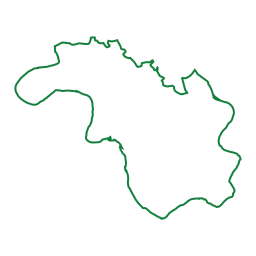 Ashmun, Al Minufiyah, Egypt (Robinson projection)
{"feature_id": "37247803B18007255516355", "entity_name": "Ashmun", "entity_type": "district", "adm_level": 2, "iso_a3": "EGY", "parent_name": "Egypt", "parent_adm1": "Al Minufiyah", "projection": "robinson", "projection_center": [30.999, 30.299], "detail": "fine", "context": "isolated", "style": "outline", "palette": "green", "viewbox_px": 256, "rotation_deg": 0, "n_neighbors": 0, "source": "geoboundaries", "source_scale": "gbopen_adm2", "svg_char_len": 5741}
<svg xmlns="http://www.w3.org/2000/svg" viewBox="0 0 256 256"><path d="M141.9,63.1L141.8,64.0L141.6,65.5L141.4,65.9L138.9,66.8L137.5,66.8L136.9,66.1L136.3,65.3L134.4,62.2L130.3,57.9L128.2,58.1L125.0,56.7L123.3,54.4L123.3,54.0L125.6,51.8L125.4,50.8L124.2,49.5L123.4,49.5L121.2,48.8L120.7,47.3L120.5,46.3L117.2,40.2L114.6,41.0L111.7,41.5L108.5,40.8L107.8,42.9L108.4,44.5L109.2,44.8L109.6,45.4L109.5,46.4L107.5,47.2L106.7,47.2L105.3,45.9L103.4,43.0L102.1,43.3L99.1,43.0L97.9,42.0L97.9,41.6L96.7,40.5L95.3,40.5L94.9,39.8L94.8,37.6L92.8,37.3L90.9,37.7L90.7,38.5L90.7,39.5L90.2,40.9L89.8,42.2L89.2,43.0L88.7,43.8L87.5,44.0L84.1,43.9L79.4,43.3L76.8,43.9L75.1,44.5L73.1,44.8L70.9,44.3L69.9,43.3L62.2,42.5L57.9,44.8L54.8,46.3L55.1,50.1L55.1,51.7L56.1,52.5L57.1,54.5L57.9,56.5L58.9,60.8L59.0,61.4L58.9,62.0L58.7,62.6L58.3,63.1L57.6,63.6L54.3,64.9L46.9,66.8L38.2,67.6L38.2,68.0L34.2,68.5L27.9,72.0L20.9,78.1L16.9,83.5L16.1,84.9L15.6,86.5L15.4,88.2L15.5,89.9L15.7,91.0L16.2,92.3L18.2,96.0L20.8,98.7L24.0,101.0L27.1,102.8L32.7,104.7L34.4,104.7L36.1,104.6L37.5,104.0L40.2,101.9L42.1,100.9L43.7,100.3L44.2,99.5L44.8,99.0L45.5,98.5L46.6,98.0L47.0,97.6L47.4,97.0L49.4,95.6L51.3,93.8L53.0,92.7L53.7,92.1L54.9,90.7L55.5,90.3L56.1,90.2L56.9,90.2L58.4,90.5L59.5,90.4L60.1,90.5L60.9,90.5L61.9,90.9L62.9,91.0L66.3,90.6L69.3,90.6L71.4,90.9L73.6,91.0L76.9,91.7L76.8,91.1L78.4,91.7L81.7,93.6L82.8,93.9L84.0,94.5L85.3,94.7L86.8,95.2L88.3,96.0L89.3,96.7L89.9,97.4L90.5,98.2L92.2,101.8L93.0,110.2L92.6,111.0L92.4,111.8L92.5,112.7L92.8,113.4L92.8,114.5L92.4,117.0L92.1,117.3L91.9,117.8L91.9,118.4L91.8,119.9L91.6,121.1L91.1,122.6L90.7,123.8L90.0,125.2L89.2,126.3L88.4,127.2L86.8,131.8L86.4,133.8L86.4,135.8L86.1,136.6L86.0,137.3L86.0,138.2L86.4,139.2L87.0,140.0L87.8,140.8L88.7,141.4L89.8,142.0L91.2,142.3L92.9,142.5L97.6,142.3L99.3,142.1L100.4,141.7L101.4,140.9L102.1,139.7L104.2,139.2L105.0,139.2L105.5,139.0L105.8,138.7L107.0,138.6L108.0,138.3L109.1,137.8L110.3,137.0L110.5,137.7L110.6,138.4L110.2,138.5L109.6,138.4L109.5,138.6L109.6,138.8L110.2,138.9L110.3,139.1L109.1,139.3L109.1,139.6L108.3,139.7L108.4,139.9L109.0,140.1L109.8,140.6L111.0,140.6L111.7,140.4L112.2,140.5L112.9,140.4L113.4,140.5L113.8,140.5L114.3,140.2L114.3,139.8L114.9,140.0L116.1,140.6L116.3,141.1L116.6,141.4L117.3,141.7L118.8,142.7L120.2,144.3L121.0,145.4L121.3,146.7L122.0,147.8L120.7,147.2L120.3,146.8L120.2,146.3L119.9,146.4L119.8,146.6L119.9,147.4L120.3,148.3L120.4,149.0L120.6,149.7L122.1,152.1L122.6,153.2L123.1,153.8L123.8,154.2L124.1,154.7L124.4,155.0L124.6,155.5L125.0,155.8L125.4,157.6L125.5,159.3L125.9,161.6L126.0,163.7L125.7,165.2L125.6,166.5L125.0,166.7L124.9,167.6L125.0,168.4L125.3,169.7L125.8,170.9L126.3,170.6L126.9,172.5L127.7,174.4L127.8,175.2L128.1,176.8L128.2,178.3L128.1,180.1L128.1,181.0L127.8,182.0L128.4,186.4L128.7,187.2L129.0,187.7L129.5,188.0L129.9,188.8L131.1,191.3L135.7,199.6L138.0,202.8L139.1,203.9L140.1,205.1L141.8,206.7L142.9,208.1L144.4,208.0L145.3,208.2L146.1,208.5L146.9,209.1L147.6,209.8L150.8,212.6L159.2,217.4L161.5,218.1L161.6,218.3L160.6,218.5L161.7,218.7L162.7,218.6L164.3,218.1L165.2,217.7L166.9,216.3L167.7,215.1L168.7,214.1L169.5,212.9L173.5,210.2L175.2,209.3L178.0,206.9L179.8,205.9L181.1,205.1L182.2,205.1L183.6,204.6L186.9,202.2L187.4,201.7L187.9,201.0L188.9,200.6L190.7,199.4L193.1,198.8L195.2,198.7L197.2,198.4L199.3,198.8L199.5,198.7L199.7,198.3L199.9,198.2L201.2,198.4L202.6,198.4L203.1,198.7L203.6,199.3L204.8,199.3L204.8,199.5L205.0,199.7L205.7,199.9L206.2,200.2L206.6,200.8L206.9,201.8L207.2,202.3L208.5,203.2L209.0,203.4L209.5,203.4L210.1,203.7L210.8,203.6L211.3,204.3L212.1,204.9L213.9,205.7L215.4,206.2L216.6,207.1L217.8,206.7L219.1,206.6L219.9,205.9L220.8,205.3L222.8,203.1L223.8,201.8L226.9,198.9L229.7,197.4L232.0,196.9L233.2,195.0L233.0,193.7L233.6,192.9L234.1,192.1L234.4,191.2L234.6,190.3L233.5,187.9L232.0,185.5L231.4,184.3L230.5,183.0L229.5,181.9L229.3,181.1L229.4,180.3L230.5,177.5L231.2,176.0L232.2,174.3L232.5,173.4L232.9,172.4L234.0,171.0L234.4,170.3L235.0,169.8L236.5,168.0L237.2,166.2L237.8,165.2L238.4,164.4L238.9,162.4L239.5,160.4L239.7,160.1L240.1,159.8L240.5,159.4L240.6,159.0L240.3,158.1L239.8,157.2L239.8,156.6L239.5,156.0L239.0,155.6L238.3,155.5L237.6,154.5L236.6,153.6L235.8,153.3L234.2,152.8L233.0,152.4L231.2,152.1L226.3,150.7L223.9,149.7L223.1,149.0L222.5,148.5L221.1,146.3L220.5,145.9L219.9,145.8L219.3,144.4L218.9,143.2L218.7,142.1L218.6,141.0L218.8,139.3L219.3,137.2L219.8,136.1L220.4,135.0L221.3,133.2L223.3,130.3L224.1,129.5L225.3,128.5L226.0,127.7L226.5,127.0L228.6,123.2L229.7,122.5L230.7,121.6L231.6,120.3L232.2,119.1L232.6,117.8L232.8,116.4L233.3,115.5L233.7,114.4L233.9,112.8L233.8,111.0L233.4,109.4L232.9,108.0L232.0,106.4L231.1,105.3L230.0,104.3L228.9,103.5L227.2,102.6L226.0,102.2L224.9,102.1L220.4,100.6L218.2,100.1L215.3,98.9L214.0,97.9L213.6,97.5L213.5,96.3L213.3,95.4L211.7,90.3L210.7,88.0L210.1,86.8L209.3,85.4L208.2,84.0L208.3,83.4L208.2,82.8L208.1,82.3L207.7,81.7L207.2,81.1L201.3,76.9L199.6,75.5L197.7,74.3L196.6,72.4L194.8,70.0L192.0,73.9L189.7,76.1L187.0,77.7L185.4,78.2L184.0,78.2L183.0,78.0L182.4,77.9L182.1,78.2L185.2,89.8L186.8,92.1L187.2,92.9L182.3,94.2L180.5,94.0L177.9,92.9L175.9,91.6L174.9,90.7L174.1,88.6L174.2,87.2L172.8,85.9L171.0,85.9L168.1,86.4L165.9,86.3L165.3,85.9L164.5,85.9L163.3,85.0L162.8,82.5L161.8,80.5L163.5,79.1L163.9,78.0L162.5,77.2L162.1,77.2L159.5,75.6L157.6,71.9L157.0,71.2L157.3,70.4L157.7,67.8L157.5,67.5L156.9,68.4L156.3,69.8L155.4,70.2L154.6,70.1L154.0,69.7L153.5,68.1L152.3,67.2L150.9,65.9L150.5,65.1L150.7,64.5L151.6,63.5L153.3,61.9L152.7,60.4L151.7,60.8L150.2,62.0L148.8,62.4L148.2,62.3L147.2,62.1L145.7,62.3L141.9,63.1ZM215.8,98.6L217.7,98.7L214.8,96.7L214.3,96.0L214.0,96.7L214.9,98.0L215.8,98.6Z" fill="none" stroke="#15803d" stroke-width="2"/></svg>